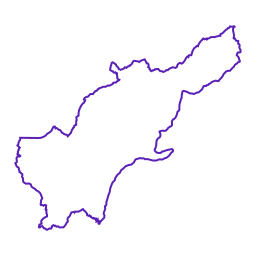 Tachileik, Shan, Myanmar (Mercator projection)
{"feature_id": "60261553B30441775870549", "entity_name": "Tachileik", "entity_type": "district", "adm_level": 2, "iso_a3": "MMR", "parent_name": "Myanmar", "parent_adm1": "Shan", "projection": "mercator", "projection_center": [100.149, 21.048], "detail": "fine", "context": "isolated", "style": "outline", "palette": "violet", "viewbox_px": 256, "rotation_deg": 0, "n_neighbors": 0, "source": "geoboundaries", "source_scale": "gbopen_adm2", "svg_char_len": 5700}
<svg xmlns="http://www.w3.org/2000/svg" viewBox="0 0 256 256"><path d="M20.2,137.8L20.4,138.7L20.2,139.7L19.1,141.2L18.4,143.1L18.5,143.7L18.2,144.8L17.4,145.4L17.5,145.7L19.8,147.7L19.0,148.7L18.6,149.5L18.7,150.2L18.3,150.4L18.1,151.1L17.8,152.0L18.1,152.7L17.5,153.8L17.5,154.5L19.1,154.9L19.6,155.5L20.2,155.7L20.3,156.0L20.0,156.4L17.5,156.6L16.5,158.0L16.9,161.5L16.7,162.2L15.4,163.0L15.4,163.7L16.0,164.4L16.3,165.7L16.8,166.5L18.5,167.6L18.9,168.4L18.9,170.0L19.7,171.3L19.5,172.0L20.7,172.7L21.6,173.7L22.3,174.1L22.3,175.6L22.0,176.5L22.3,177.4L22.9,178.0L23.2,181.6L23.7,182.3L25.8,183.7L29.0,183.5L30.8,184.4L31.5,186.5L32.3,187.3L35.2,189.0L35.9,190.0L38.6,191.6L39.7,192.6L40.7,194.1L42.3,198.4L41.1,200.2L40.9,201.6L41.0,202.4L40.6,204.3L41.0,205.1L42.4,205.0L43.5,205.7L45.0,204.9L46.2,205.4L45.9,208.5L46.3,209.3L45.6,209.4L45.6,209.7L46.2,210.5L46.5,211.8L46.4,213.1L47.0,214.6L47.0,216.4L44.7,217.5L43.2,218.6L41.5,220.4L41.2,221.3L41.6,223.6L40.0,224.3L39.2,225.0L39.0,227.3L39.8,227.5L40.8,226.4L42.3,226.1L43.9,228.3L45.0,228.4L46.1,229.4L47.1,229.8L49.3,228.5L50.9,228.7L51.9,227.3L51.7,226.7L51.9,226.2L53.5,225.1L54.6,225.9L55.2,225.7L56.6,226.7L57.8,226.3L59.7,227.4L63.5,227.3L65.5,225.0L66.8,222.5L67.6,222.0L67.8,220.6L67.5,219.9L67.7,218.2L68.1,217.5L68.9,217.0L69.7,216.1L71.4,212.4L74.4,211.9L74.6,212.3L75.0,211.6L78.3,211.7L81.6,210.1L82.5,209.2L83.1,209.2L83.9,210.4L85.3,211.5L87.1,213.8L87.0,214.9L87.3,215.3L88.8,215.9L89.4,215.4L89.8,216.1L90.6,216.1L90.8,217.0L91.5,217.2L92.5,218.2L93.2,218.5L93.6,218.5L93.8,218.0L94.1,218.1L94.4,218.6L95.1,218.8L95.6,219.6L95.6,218.6L95.9,218.4L96.5,219.2L96.5,219.9L96.8,220.0L97.6,219.3L97.6,219.8L96.9,220.5L97.3,221.0L97.0,221.5L97.9,221.3L98.3,220.6L98.6,220.7L98.3,221.4L99.5,222.5L98.7,222.7L98.5,223.4L99.0,223.9L99.5,223.7L99.9,222.1L104.2,217.7L104.5,215.5L103.7,213.9L103.8,212.6L105.2,209.0L104.9,206.3L106.0,205.5L106.4,204.2L106.4,202.2L108.7,194.4L109.7,192.0L110.3,188.2L112.0,183.7L112.9,182.1L114.4,180.7L115.0,179.7L115.3,177.9L117.6,174.6L119.6,173.1L121.5,169.7L122.6,169.2L125.7,166.2L128.8,165.0L131.1,164.7L133.4,162.9L134.1,162.1L135.0,160.2L135.8,159.3L140.0,158.1L141.3,158.4L143.3,158.3L144.2,158.6L145.0,159.2L147.7,159.1L152.9,160.5L156.3,160.5L159.6,159.3L162.2,159.6L164.2,158.5L166.2,157.9L167.5,157.0L169.4,155.3L171.4,152.5L172.7,151.7L173.0,151.0L172.9,149.9L172.4,149.3L171.6,149.1L166.8,150.1L163.3,151.4L162.0,151.6L161.3,152.5L160.7,152.9L158.8,153.0L156.8,152.6L155.2,151.2L154.7,150.4L154.8,149.2L155.6,147.8L156.3,144.7L156.3,142.6L156.8,140.1L157.8,138.7L160.0,137.0L160.5,135.1L160.3,133.7L159.5,131.7L159.9,131.3L162.5,130.6L164.5,130.9L165.6,130.8L167.5,129.0L168.2,127.9L169.5,126.9L171.3,126.2L171.8,125.4L172.0,124.5L171.9,121.6L172.2,120.6L173.0,119.5L174.1,119.0L175.5,117.6L176.8,114.8L177.5,111.8L178.9,110.6L179.3,109.9L179.5,104.4L181.1,98.8L181.7,97.8L181.7,95.4L182.5,91.6L183.2,91.0L183.9,90.9L187.2,91.9L189.9,93.4L192.1,93.5L193.8,94.0L197.2,92.5L198.6,92.4L202.1,89.3L203.5,86.4L204.1,85.9L205.6,86.2L206.1,86.0L206.6,85.2L208.1,85.0L208.9,84.0L210.1,83.5L212.2,81.8L215.6,80.6L217.7,81.1L218.6,81.0L219.4,79.8L221.0,78.2L222.8,75.9L223.5,74.3L225.6,72.0L226.7,71.2L227.9,70.8L229.9,70.8L232.6,67.8L233.9,66.7L235.0,64.7L237.2,63.3L237.8,62.4L239.6,61.7L239.9,61.2L238.9,58.8L238.9,57.8L236.7,55.0L237.7,52.6L240.4,52.2L240.6,50.2L239.6,48.4L239.3,46.8L239.7,45.7L239.5,44.8L239.0,44.1L238.2,43.8L238.2,41.0L236.1,40.7L234.7,38.4L233.9,38.5L233.6,38.1L234.1,35.6L233.0,30.0L233.1,28.8L233.6,27.4L234.5,26.8L233.9,26.2L232.6,26.7L229.8,26.5L229.5,27.5L228.7,28.1L227.9,28.1L227.0,29.2L225.7,30.0L222.3,33.4L220.6,34.0L220.3,35.9L219.0,35.7L217.9,36.3L216.1,36.5L214.5,37.2L213.9,37.0L210.6,37.2L209.5,38.1L208.0,38.6L207.1,38.4L206.9,38.7L207.3,39.1L207.1,39.4L206.7,39.5L206.3,38.9L205.7,38.8L204.2,39.3L203.3,38.5L200.1,42.0L198.5,44.5L198.0,46.2L197.2,45.9L196.6,46.1L195.7,47.1L194.2,48.1L192.6,50.8L191.3,55.2L189.1,55.2L188.8,55.5L188.4,57.1L187.5,56.5L186.3,57.6L184.7,60.7L182.5,63.3L181.3,63.6L180.4,62.9L179.5,63.0L177.8,64.4L177.3,65.3L176.9,67.0L175.5,67.9L173.1,67.3L172.1,67.5L170.1,68.3L168.5,69.4L167.8,70.2L166.4,70.1L165.1,71.2L163.2,72.0L161.8,71.2L160.2,71.2L158.3,69.0L154.9,69.3L154.7,69.8L153.1,70.4L152.5,70.3L151.7,71.2L150.9,70.9L150.4,70.5L150.2,69.6L149.5,69.1L149.6,68.6L149.2,67.7L148.1,67.0L148.7,65.6L148.3,64.0L147.7,63.3L146.6,63.3L146.2,62.2L144.7,59.4L141.7,60.3L140.1,61.2L139.3,62.0L138.1,61.4L134.1,60.8L133.3,61.2L131.4,64.5L129.6,65.4L129.5,66.1L127.8,66.5L126.3,67.9L125.0,67.2L123.6,68.7L120.6,69.8L118.7,69.0L118.5,68.1L118.0,67.3L116.4,65.9L116.1,64.6L112.8,62.3L111.8,62.8L110.5,67.2L110.1,69.8L110.3,70.1L112.2,71.3L112.9,71.3L113.6,72.5L114.7,72.7L115.3,72.3L116.1,72.9L116.9,73.1L117.0,73.4L116.3,73.7L117.0,74.8L117.0,75.8L117.4,76.7L117.2,77.6L117.3,78.5L118.3,79.4L119.4,79.7L119.3,80.0L118.0,80.9L117.1,81.2L116.4,82.2L115.3,82.7L114.1,82.5L113.1,83.0L112.7,84.0L109.6,85.6L108.8,85.7L107.9,85.5L105.5,86.8L103.1,86.8L100.0,88.1L99.4,88.2L98.7,88.6L98.5,89.2L97.6,89.4L96.9,90.7L95.3,91.1L94.5,92.2L93.9,92.6L93.1,94.0L90.3,94.1L88.1,96.5L86.0,97.1L84.2,98.4L83.9,99.7L85.2,100.2L85.0,101.0L83.8,102.9L82.8,103.5L81.6,105.0L80.2,107.6L79.0,110.4L78.5,113.6L78.6,115.5L76.3,117.3L76.7,120.2L76.2,121.1L76.1,124.9L75.4,125.0L74.2,125.9L74.3,126.4L73.9,127.4L73.2,127.7L72.8,128.9L72.1,129.5L70.8,133.1L69.5,134.3L68.7,135.4L67.7,136.2L67.4,135.3L66.8,134.9L64.3,134.2L63.4,133.4L62.3,133.0L60.2,130.1L58.4,129.6L57.3,128.4L56.4,128.0L55.5,128.4L54.9,126.6L53.8,126.6L53.3,127.0L51.4,130.8L50.3,131.9L47.4,133.7L45.1,136.0L41.2,137.8L38.3,138.0L20.2,137.8Z" fill="none" stroke="#5b21b6" stroke-width="2"/></svg>